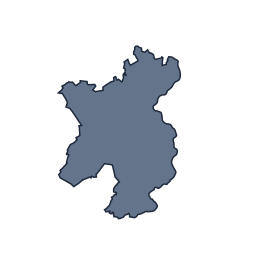 outline of Skaistkalnes pag., Vecumnieku, Latvia, rotated 314°
{"feature_id": "27541924B21111495244089", "entity_name": "Skaistkalnes pag.", "entity_type": "district", "adm_level": 2, "iso_a3": "LVA", "parent_name": "Latvia", "parent_adm1": "Vecumnieku", "projection": "mercator", "projection_center": [24.578, 56.379], "detail": "fine", "context": "isolated", "style": "filled", "palette": "slate", "viewbox_px": 256, "rotation_deg": 314, "n_neighbors": 0, "source": "geoboundaries", "source_scale": "gbopen_adm2", "svg_char_len": 5710}
<svg xmlns="http://www.w3.org/2000/svg" viewBox="0 0 256 256"><g transform="rotate(314 128 128)"><path d="M106.4,55.9L107.3,56.7L107.3,57.0L106.6,59.1L106.4,60.1L106.2,61.0L105.5,63.5L104.2,66.8L100.1,68.8L101.7,72.6L101.1,76.9L98.9,86.9L97.6,92.8L95.5,91.2L94.4,92.8L92.2,95.2L92.1,95.4L89.2,98.5L86.6,98.0L86.3,97.7L85.0,97.3L84.4,98.6L84.2,98.7L84.2,99.4L81.3,99.5L80.3,99.5L79.6,99.3L77.4,98.5L76.0,98.1L70.0,99.6L69.8,100.7L66.5,101.9L66.2,102.2L66.2,102.3L67.7,103.4L67.2,104.3L65.1,105.0L60.1,108.0L60.2,108.7L59.1,108.8L59.0,108.7L55.1,108.7L53.1,108.9L51.7,108.6L50.4,108.6L50.1,108.8L50.1,110.0L49.7,110.3L46.3,110.6L45.1,113.8L45.4,115.5L46.4,118.7L47.3,122.6L48.3,126.3L48.1,126.3L48.2,129.8L54.9,131.1L59.0,131.3L58.9,131.5L61.4,132.5L66.5,134.8L66.4,136.0L68.0,135.4L68.8,137.6L70.8,139.3L72.4,137.3L74.0,137.4L75.7,137.1L78.4,136.9L80.7,136.5L84.9,136.0L86.0,135.8L87.2,137.6L89.5,140.7L90.5,142.6L88.0,146.4L86.6,148.7L84.0,152.4L83.8,153.0L83.7,154.4L83.2,159.3L81.1,158.9L79.1,159.5L78.4,159.1L75.9,159.5L74.8,159.7L73.3,160.8L72.6,161.5L72.1,162.1L73.5,164.5L73.4,164.6L71.9,165.8L71.8,165.4L71.5,164.9L71.3,164.8L70.1,164.6L69.6,164.9L66.7,164.3L66.3,165.4L66.0,166.1L63.9,166.4L60.9,167.8L59.7,168.3L58.7,168.4L57.3,168.3L56.0,168.4L55.2,168.4L54.5,168.3L52.9,167.9L52.6,170.2L52.4,170.4L52.7,170.6L55.5,172.9L54.0,173.5L54.4,175.4L55.6,175.6L56.8,175.6L56.9,176.7L55.6,177.4L55.4,178.4L54.4,179.5L56.0,181.4L56.3,181.7L56.6,183.1L56.1,184.0L57.4,185.1L58.6,185.6L60.4,186.6L63.3,186.3L65.7,187.7L66.9,187.6L66.9,187.8L67.1,188.6L66.6,189.3L66.4,189.8L65.9,190.1L65.7,190.3L65.5,190.6L65.2,190.9L65.6,191.3L66.2,192.2L66.8,193.1L67.0,193.6L67.6,194.4L68.1,194.9L68.5,195.2L69.6,195.5L70.5,195.6L71.8,195.4L72.7,195.3L73.2,195.4L73.5,195.6L73.6,196.0L74.1,196.3L75.4,197.0L77.0,197.5L78.2,198.1L79.5,198.3L80.0,198.6L80.5,199.1L81.1,199.6L81.5,200.4L82.8,201.4L83.3,202.0L84.3,202.8L85.4,203.6L86.5,204.1L87.4,204.2L88.2,204.3L89.1,204.2L90.5,204.0L91.4,203.8L92.2,203.3L92.7,202.7L93.4,199.8L93.5,198.9L93.3,196.5L93.7,194.9L93.1,194.3L93.0,192.8L93.8,190.9L94.1,189.7L94.8,189.0L95.6,188.6L97.1,188.5L98.6,188.8L101.8,189.5L102.1,189.5L102.3,189.3L103.2,188.9L103.8,188.8L104.3,188.9L104.9,189.5L105.0,189.7L105.2,190.9L105.6,191.5L106.0,191.9L106.6,192.1L108.7,192.5L109.5,192.5L110.3,192.3L110.8,192.3L111.3,192.4L112.2,192.8L112.8,193.0L113.2,193.3L113.4,193.5L113.9,194.5L114.2,194.9L114.7,195.1L115.1,195.1L116.4,194.9L118.7,195.3L118.8,195.0L119.2,194.7L119.4,194.4L119.6,194.3L120.0,194.3L120.3,194.4L120.9,194.7L120.9,194.9L122.0,194.8L123.1,195.0L124.5,195.0L126.0,194.6L128.8,193.6L129.4,193.1L129.6,192.9L129.9,192.4L130.2,191.4L130.6,190.7L130.8,189.6L131.1,188.3L131.5,187.3L132.2,185.5L132.5,184.8L133.0,183.8L133.4,183.4L134.2,182.7L134.6,182.4L135.8,181.8L137.3,181.1L138.6,180.8L138.9,180.8L140.0,181.0L140.5,181.0L141.6,181.3L142.1,181.3L142.6,181.3L143.1,181.1L143.8,180.7L144.8,180.2L145.4,179.7L146.1,178.9L146.3,178.5L146.4,178.1L146.4,177.9L146.4,177.3L146.1,176.3L146.0,175.8L146.0,175.2L146.4,174.1L146.9,173.6L147.9,172.7L149.3,171.1L149.6,170.6L149.7,170.1L150.0,169.6L150.6,169.0L151.4,168.3L152.1,168.0L155.3,168.4L155.9,168.3L156.3,168.2L156.7,167.7L157.6,166.0L158.4,164.6L158.7,163.9L159.1,163.3L159.2,162.9L159.3,162.5L159.4,162.0L159.3,160.9L159.1,160.1L159.1,159.9L159.3,158.8L159.7,157.9L159.7,157.6L159.9,156.5L159.8,156.0L159.7,155.8L158.9,154.1L158.7,153.9L157.8,152.9L157.6,152.4L157.3,151.6L157.1,150.6L157.1,148.9L157.1,148.4L157.3,147.6L157.4,147.2L158.1,146.5L159.0,145.6L159.9,144.5L161.3,142.6L161.7,141.9L162.0,141.3L162.0,140.6L161.7,139.8L160.6,137.4L159.3,135.4L159.2,135.1L159.2,134.8L159.2,134.6L159.2,134.1L159.3,133.5L160.1,132.1L160.4,131.6L161.2,131.1L161.5,131.0L162.1,131.0L165.0,131.5L165.8,131.4L166.3,131.3L167.1,131.1L167.3,131.0L169.0,129.6L169.7,129.2L171.2,128.8L172.8,128.6L174.7,129.2L175.4,129.5L175.6,129.6L176.2,130.2L177.1,131.2L178.1,131.6L178.7,131.7L179.5,131.6L180.2,131.4L181.3,130.7L181.9,130.6L182.5,130.5L183.5,130.7L185.4,131.0L187.8,131.1L189.4,130.7L191.2,130.1L192.3,130.0L193.1,130.0L194.4,130.2L197.0,131.1L197.8,131.2L198.9,131.1L199.8,130.7L201.6,129.5L202.5,128.8L203.4,127.8L204.6,126.3L205.3,125.2L205.9,124.0L206.8,122.0L207.2,121.0L207.7,120.3L208.2,119.7L209.0,119.0L210.4,118.1L210.6,117.9L210.8,117.6L210.9,117.2L210.9,116.6L210.9,116.1L210.1,113.5L209.7,110.9L209.1,109.8L207.6,107.8L204.2,109.0L204.1,109.9L201.8,110.1L200.3,111.4L196.8,109.1L199.4,106.8L202.8,104.2L202.8,103.8L202.7,103.1L202.5,102.9L201.8,103.5L196.6,100.2L196.1,99.0L198.5,95.2L197.8,92.1L196.7,91.5L197.8,87.8L194.1,87.5L192.7,84.5L194.8,82.2L193.6,79.7L193.6,79.0L193.7,78.9L193.6,78.1L192.9,77.4L192.3,76.9L192.1,76.8L191.2,76.8L190.7,76.9L190.3,77.1L189.1,78.4L188.4,78.8L187.7,78.8L187.1,79.0L186.7,79.2L185.6,80.2L185.4,80.7L185.0,80.9L185.5,82.4L184.6,84.9L184.6,85.1L184.2,86.5L183.7,87.9L183.4,88.4L182.4,88.4L176.8,86.7L175.0,86.3L175.2,84.2L177.2,80.2L172.7,79.3L172.1,80.9L168.1,83.2L168.5,84.9L166.1,87.3L164.4,87.2L165.0,89.6L164.5,89.9L163.2,87.5L162.9,87.6L160.7,90.1L157.2,91.6L156.8,91.4L156.4,87.3L154.7,86.7L156.4,83.4L155.9,83.1L154.2,82.7L152.1,85.2L148.8,83.5L140.6,81.7L140.0,81.6L137.8,83.9L131.5,79.3L131.3,78.3L130.8,76.3L135.7,75.7L135.8,75.2L135.9,74.8L136.1,74.5L136.1,74.2L136.2,73.8L131.4,69.2L131.4,68.2L133.0,66.3L128.8,60.8L127.6,62.1L122.3,61.1L122.2,59.7L122.3,58.3L122.4,57.2L122.5,56.3L121.1,55.0L120.6,54.4L120.0,54.6L120.3,54.3L120.3,53.8L120.2,53.4L119.9,53.5L119.4,53.4L118.5,53.1L117.9,52.8L117.3,52.6L115.5,52.5L114.7,52.3L113.5,51.8L113.6,52.0L112.7,51.9L112.1,51.7L111.7,53.5L108.4,53.9L104.9,53.5L106.4,55.9Z" fill="#64748b" stroke="#1e293b" stroke-width="1.5"/></g></svg>